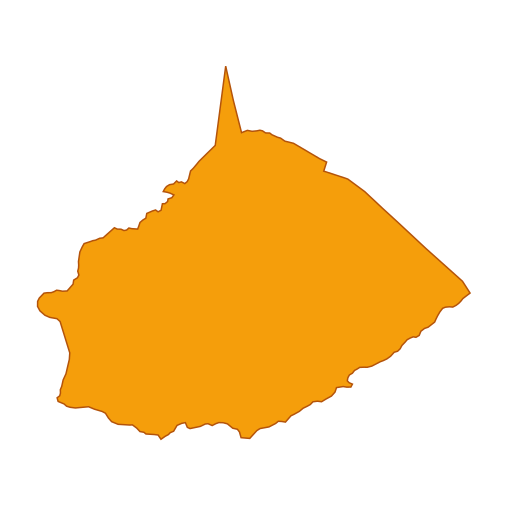 Viçosa do Ceará, Ceará, Brazil (Mercator projection), rotated 3°
{"feature_id": "56859067B42746778472785", "entity_name": "Viçosa do Ceará", "entity_type": "district", "adm_level": 2, "iso_a3": "BRA", "parent_name": "Brazil", "parent_adm1": "Ceará", "projection": "mercator", "projection_center": [-41.159, -3.503], "detail": "fine", "context": "isolated", "style": "filled", "palette": "amber", "viewbox_px": 512, "rotation_deg": 3, "n_neighbors": 0, "source": "geoboundaries", "source_scale": "gbopen_adm2", "svg_char_len": 2854}
<svg xmlns="http://www.w3.org/2000/svg" viewBox="0 0 512 512"><g transform="rotate(3 256 256)"><path d="M43.8,307.0L41.8,309.3L40.3,312.7L40.5,317.8L43.1,322.1L48.3,326.2L53.3,328.1L60.5,329.0L63.8,331.7L75.1,362.5L75.0,369.1L73.7,376.2L72.4,383.6L69.9,389.9L68.8,396.4L67.6,399.8L67.9,403.2L67.3,405.9L64.8,408.0L66.0,411.6L72.1,413.8L74.7,415.9L78.2,416.8L83.6,417.2L87.7,416.6L96.7,415.3L102.6,417.4L110.5,419.3L113.9,420.9L117.2,425.6L120.5,429.0L127.1,431.3L138.9,431.4L141.4,431.1L145.9,434.1L149.3,437.4L153.3,437.9L155.4,439.5L163.7,439.6L167.6,439.9L170.7,444.0L174.9,440.7L177.9,438.9L179.6,436.9L182.9,435.3L186.0,429.3L190.6,427.0L194.2,426.1L196.4,430.7L199.1,431.8L209.3,429.1L214.2,426.4L216.9,426.0L221.1,427.6L224.7,425.5L227.6,424.3L231.9,424.2L236.2,425.1L241.8,429.2L246.5,430.0L248.7,432.6L250.6,438.2L259.3,438.5L266.0,430.3L269.1,428.1L277.9,426.0L284.4,422.2L286.9,419.9L290.3,419.9L294.1,420.3L299.3,413.7L302.1,412.2L307.4,408.9L311.1,405.5L315.1,403.3L318.0,401.5L320.5,398.6L324.9,397.8L329.1,398.1L333.5,395.1L338.7,391.9L342.0,387.8L343.3,383.2L349.9,381.8L353.5,382.2L357.6,381.9L359.0,378.9L355.7,377.7L353.7,375.9L354.1,372.8L355.5,369.9L358.4,368.0L360.4,365.1L362.9,363.6L365.4,361.8L369.6,361.4L372.9,361.3L377.4,359.9L385.6,355.1L388.6,353.8L392.1,351.9L395.7,349.0L399.0,344.9L402.4,343.7L404.8,341.1L406.4,337.7L409.5,334.1L411.3,331.7L414.4,329.8L417.2,328.5L420.0,328.8L423.1,326.8L424.6,322.5L428.1,319.5L431.6,318.1L434.6,315.5L437.9,312.6L438.9,309.9L440.4,306.4L442.5,302.3L445.1,298.5L447.8,297.2L451.8,296.6L455.2,296.7L458.4,294.8L460.9,292.7L463.0,290.3L464.8,287.7L471.7,281.8L463.5,270.4L425.5,239.8L398.7,217.3L395.6,214.7L379.8,201.7L370.7,194.0L365.8,189.9L361.2,186.0L343.7,174.4L341.1,173.6L319.2,167.7L321.6,158.5L314.3,155.4L287.6,141.5L283.1,140.6L278.8,139.8L274.4,137.0L271.3,136.3L265.6,134.1L263.3,132.5L259.1,132.6L256.0,130.7L253.3,130.2L250.2,131.0L245.6,131.7L240.8,131.0L237.5,132.5L235.1,133.6L225.2,101.7L215.8,68.0L213.2,100.9L209.5,147.7L202.4,155.4L194.2,164.4L191.5,168.1L188.7,171.8L186.2,174.5L185.4,178.7L184.7,182.5L183.4,185.3L181.1,187.4L177.7,185.9L175.0,186.7L172.8,185.2L169.9,188.4L165.9,189.3L163.0,191.3L161.3,193.7L160.0,196.5L163.9,197.0L166.8,197.7L170.8,199.3L168.9,202.2L165.2,203.6L164.9,206.2L162.4,208.5L159.8,208.7L158.8,215.3L155.9,217.0L153.3,215.3L150.1,216.5L144.7,219.2L144.0,224.0L141.1,226.0L138.4,228.6L137.4,232.2L136.4,235.3L130.5,235.2L127.6,234.7L125.4,236.9L122.8,237.5L119.8,236.3L116.1,236.4L113.1,235.2L102.3,245.9L98.9,246.5L94.9,248.6L92.3,249.2L89.7,250.3L83.7,252.6L82.0,256.0L79.9,261.2L79.0,270.8L79.4,274.4L79.4,277.3L78.8,280.5L80.1,284.3L78.8,287.1L75.2,289.6L74.8,293.7L69.2,300.8L64.6,301.3L61.3,300.8L58.7,300.6L56.1,302.2L53.5,303.3L49.4,303.6L46.2,304.2L43.8,307.0Z" fill="#f59e0b" stroke="#b45309" stroke-width="1.5"/></g></svg>